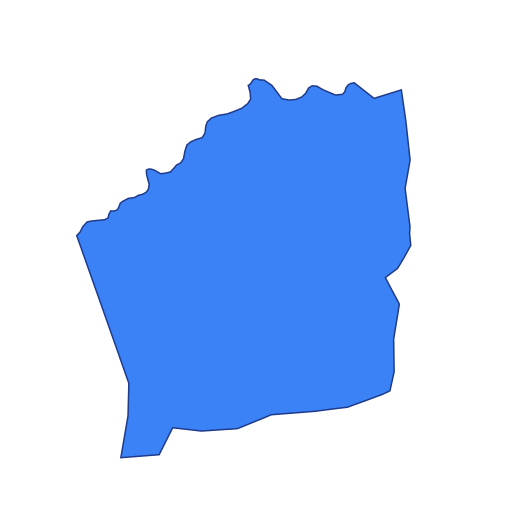 San Mateo Yoloxochitlán, Oaxaca, Mexico, rotated 344°
{"feature_id": "50627088B14353503366896", "entity_name": "San Mateo Yoloxochitlán", "entity_type": "district", "adm_level": 2, "iso_a3": "MEX", "parent_name": "Mexico", "parent_adm1": "Oaxaca", "projection": "orthographic", "projection_center": [-96.869, 18.142], "detail": "fine", "context": "isolated", "style": "filled", "palette": "blue", "viewbox_px": 512, "rotation_deg": 344, "n_neighbors": 0, "source": "geoboundaries", "source_scale": "gbopen_adm2", "svg_char_len": 2076}
<svg xmlns="http://www.w3.org/2000/svg" viewBox="0 0 512 512"><g transform="rotate(344 256 256)"><path d="M441.5,136.4L432.2,136.6L412.9,137.0L409.8,132.7L398.1,116.5L394.3,116.3L391.4,117.1L388.7,119.3L386.7,122.5L383.7,124.5L381.0,123.9L376.8,123.2L375.4,122.1L371.8,119.2L366.4,114.8L362.2,110.5L361.3,109.5L356.7,107.9L355.8,108.2L352.9,109.0L350.0,111.9L348.6,113.3L344.4,115.5L343.8,115.8L337.4,116.5L336.9,116.4L330.7,115.2L328.5,114.1L326.5,113.0L324.2,111.9L321.1,103.7L320.5,102.1L318.3,96.4L317.3,95.2L312.3,89.2L307.5,87.5L306.6,86.4L304.5,85.4L301.9,85.8L300.7,86.7L299.3,88.1L297.1,89.5L295.6,89.8L295.4,97.7L295.1,98.9L294.1,103.7L293.8,104.0L291.5,105.9L290.0,107.3L282.9,110.1L280.8,110.3L276.1,110.8L274.7,111.0L268.8,111.4L267.4,111.5L260.9,110.7L258.7,110.5L253.9,110.9L251.1,111.1L246.2,113.6L243.5,117.4L240.9,123.7L236.9,127.4L230.2,127.5L224.5,128.3L220.0,130.4L216.3,136.1L213.2,142.4L209.3,145.7L204.6,146.7L201.7,148.7L197.0,151.6L191.7,151.4L186.9,150.6L182.7,146.1L179.6,143.8L176.9,142.8L174.3,143.2L173.3,147.2L173.1,152.5L173.1,157.7L170.9,162.2L167.9,164.5L164.0,165.4L162.0,165.4L159.9,165.2L155.3,166.3L149.0,165.4L146.5,166.0L143.0,166.7L140.1,167.8L137.9,170.8L135.6,173.3L133.0,173.7L130.7,173.3L128.7,172.6L126.0,175.4L124.3,178.7L120.3,179.4L113.0,178.0L108.0,177.1L103.0,176.7L97.4,180.2L93.5,184.5L89.3,187.0L96.7,309.0L96.9,312.0L97.0,314.8L97.9,330.2L98.7,343.2L97.0,348.7L94.3,357.3L91.8,365.2L89.1,373.8L88.9,374.4L70.5,412.6L108.1,420.3L128.5,398.2L131.1,399.2L145.2,405.0L155.2,409.2L179.9,414.5L184.2,415.5L190.6,416.8L192.8,416.6L197.3,416.1L222.0,413.4L226.9,412.8L229.9,413.4L236.7,414.8L268.7,421.3L271.6,421.8L286.9,424.1L298.2,425.9L302.6,426.6L305.5,426.3L314.3,425.7L324.4,425.0L339.8,423.8L347.6,422.5L356.7,405.7L357.4,403.4L365.4,373.9L371.2,361.5L375.4,352.8L380.5,341.8L379.8,338.0L377.0,325.2L374.4,312.4L388.7,306.9L398.0,298.2L407.7,288.5L409.8,276.8L412.1,270.3L413.0,264.4L418.0,232.0L419.6,228.7L427.9,211.8L430.6,206.1L437.3,167.2L441.5,136.4Z" fill="#3b82f6" stroke="#1e3a8a" stroke-width="1.5"/></g></svg>